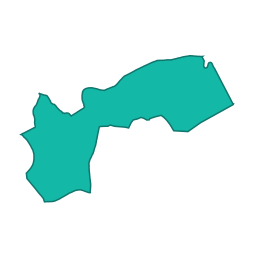 Kaffrine, Kaffrine, Senegal (Robinson projection), rotated 85°
{"feature_id": "50182788B43046627101076", "entity_name": "Kaffrine", "entity_type": "district", "adm_level": 2, "iso_a3": "SEN", "parent_name": "Senegal", "parent_adm1": "Kaffrine", "projection": "robinson", "projection_center": [-15.471, 14.163], "detail": "fine", "context": "isolated", "style": "filled", "palette": "teal", "viewbox_px": 256, "rotation_deg": 85, "n_neighbors": 0, "source": "geoboundaries", "source_scale": "gbopen_adm2", "svg_char_len": 5776}
<svg xmlns="http://www.w3.org/2000/svg" viewBox="0 0 256 256"><g transform="rotate(85 128 128)"><path d="M85.8,213.3L86.1,213.5L86.2,213.3L86.8,212.8L87.9,212.8L88.9,213.1L90.8,214.0L91.4,214.6L92.4,215.1L93.5,215.6L94.5,216.0L95.2,216.4L96.8,217.2L97.8,218.1L98.2,218.6L99.0,219.3L99.5,219.5L99.8,219.9L100.3,220.2L101.1,220.6L101.6,220.7L102.7,221.0L103.9,221.1L104.5,221.1L105.2,221.1L105.8,221.0L106.4,221.1L107.1,220.9L107.9,220.4L108.4,220.4L108.8,220.4L110.0,220.2L111.4,220.1L112.4,220.2L113.8,220.5L114.5,220.6L115.4,220.5L116.0,220.5L116.6,220.4L117.9,220.3L118.5,220.3L119.0,220.4L119.4,220.8L119.6,221.2L119.7,222.0L120.1,222.6L120.2,223.1L120.4,223.5L120.8,224.5L121.2,225.4L121.5,226.3L121.8,226.7L122.4,228.6L122.8,229.2L123.3,230.6L124.0,232.2L124.2,233.0L124.4,233.3L124.5,233.8L125.2,235.2L125.6,234.3L126.1,233.7L127.4,232.8L128.0,232.5L128.5,231.9L131.0,229.8L134.5,227.9L135.7,227.3L136.8,226.8L137.3,226.5L139.3,225.8L141.4,224.8L142.7,224.5L143.5,224.4L144.6,224.2L146.3,224.0L147.5,224.1L149.0,224.2L150.9,224.4L154.5,225.3L156.7,226.3L158.1,227.3L159.8,228.6L161.1,229.9L163.6,232.5L164.1,233.2L169.5,233.1L176.7,228.1L178.4,226.9L180.6,225.4L184.0,223.2L186.6,221.4L187.5,220.6L189.4,219.4L190.2,218.8L191.4,218.3L193.0,218.0L194.3,217.6L194.3,215.3L194.6,211.2L194.6,209.2L194.3,207.1L192.6,202.3L191.7,200.5L188.8,194.1L187.9,192.5L187.3,190.5L186.8,189.0L186.5,188.4L185.9,186.6L185.7,186.0L185.6,185.1L185.4,183.7L185.4,182.6L185.4,181.3L185.5,180.6L186.3,178.4L186.8,177.3L187.4,176.2L187.9,174.9L188.3,174.1L188.6,173.5L188.8,172.9L189.1,172.0L189.1,171.2L187.8,171.2L187.5,171.2L186.8,170.9L185.5,170.8L185.2,170.7L184.5,170.5L183.9,170.6L183.3,170.4L182.4,170.2L181.8,170.3L181.4,170.2L180.5,170.1L179.9,170.2L179.7,170.1L179.2,170.1L178.8,170.2L178.1,170.2L177.1,170.1L176.2,170.2L175.6,170.3L173.0,170.3L172.6,170.3L171.8,170.3L171.5,170.3L171.1,170.3L170.7,170.3L170.3,170.3L169.3,170.3L168.6,170.4L168.3,170.3L167.4,170.4L167.0,170.3L166.4,170.3L166.1,170.4L165.3,170.3L164.4,170.3L163.9,170.3L163.0,170.1L162.1,170.1L161.7,170.0L161.4,170.2L161.2,170.1L160.8,170.2L160.3,170.0L160.0,169.9L159.4,170.0L158.9,169.8L158.3,169.6L158.1,169.4L157.9,169.4L157.4,169.1L156.6,168.9L156.0,168.6L155.2,168.1L154.6,167.7L153.8,167.2L153.0,166.7L152.0,166.3L151.3,165.8L150.6,165.2L150.0,164.9L149.1,164.6L148.2,164.1L147.4,163.9L146.2,163.4L145.7,163.2L145.2,163.1L144.7,162.8L144.0,162.6L142.8,161.9L140.0,161.1L139.1,160.8L138.0,160.7L137.1,160.2L136.4,160.2L135.6,159.8L134.8,159.6L130.5,158.4L129.7,158.1L128.9,157.9L128.2,157.6L127.7,157.5L126.9,157.3L126.4,157.2L125.8,156.9L124.5,156.6L124.1,155.8L124.2,151.9L124.5,147.9L123.5,145.4L125.1,141.3L126.9,130.8L128.0,127.4L122.8,124.3L120.4,122.0L119.8,117.9L118.6,114.1L119.7,111.4L121.7,108.5L121.7,106.1L120.5,105.4L119.2,99.8L118.3,93.9L120.5,91.4L123.7,88.7L128.6,85.6L134.7,82.7L136.8,68.6L129.0,55.2L113.8,21.1L113.1,20.8L113.0,21.4L76.0,36.7L75.3,37.2L74.6,37.5L73.0,38.1L72.1,38.4L71.3,38.6L70.8,38.9L70.4,39.2L70.1,39.6L69.8,40.1L70.0,41.5L70.5,42.1L71.2,42.5L72.2,42.8L74.3,43.7L74.6,44.3L74.9,44.9L75.0,45.8L74.9,46.2L74.3,46.6L73.4,47.1L72.1,47.1L70.8,46.9L70.1,46.7L69.6,46.7L68.2,46.3L67.5,46.4L67.0,46.6L66.3,46.9L65.5,47.2L64.7,47.7L63.4,47.8L63.2,47.5L63.2,48.8L63.0,50.2L62.8,50.9L62.8,51.1L62.8,52.0L62.3,54.2L62.3,55.1L61.9,56.7L61.6,58.8L61.5,59.4L61.4,60.3L61.5,61.1L61.6,61.6L61.6,62.5L61.7,63.4L61.7,64.1L61.9,66.3L62.0,67.5L62.4,69.3L62.6,70.4L62.7,72.2L62.9,72.9L63.1,73.6L63.2,74.5L63.3,75.3L63.6,77.2L63.7,78.1L63.9,78.8L63.5,83.7L63.7,84.4L63.6,85.2L63.6,85.8L63.7,86.8L63.5,88.3L63.5,89.0L63.4,90.1L63.3,92.2L63.3,93.0L63.4,93.3L64.0,95.3L64.2,96.4L64.8,98.3L65.0,99.1L65.4,100.0L65.6,100.6L66.0,101.7L66.9,104.1L67.1,104.9L67.5,105.7L67.7,106.6L68.1,107.4L68.4,108.1L68.7,109.0L68.9,109.7L69.4,110.7L69.7,111.7L70.3,113.4L70.6,114.0L71.1,115.4L71.5,116.3L72.0,117.1L72.3,118.0L72.6,118.5L72.9,119.2L73.1,119.8L73.5,120.7L73.9,121.5L74.6,123.4L74.8,124.0L75.2,124.8L75.4,125.5L76.1,127.2L76.8,128.0L77.3,128.8L77.9,129.4L78.3,129.7L78.7,130.2L79.6,131.3L80.3,132.1L82.1,133.8L82.6,134.3L83.0,134.8L83.4,135.2L83.9,135.8L84.8,137.0L85.1,137.5L85.4,138.1L85.5,139.0L85.8,140.1L86.2,141.1L86.4,142.1L87.0,143.9L87.5,145.7L87.8,146.5L88.0,147.1L88.3,147.9L88.5,148.0L88.0,150.6L87.9,151.3L87.9,151.7L87.5,152.5L87.4,152.9L87.0,154.0L86.5,155.0L85.8,157.1L85.6,157.9L85.2,159.1L84.8,160.4L84.6,163.8L84.9,165.8L85.3,167.2L86.1,168.7L86.6,169.1L86.9,169.3L87.4,169.8L87.7,170.0L88.1,170.1L88.7,170.1L88.8,170.3L89.8,170.5L90.4,170.7L91.0,170.7L91.5,170.9L91.9,171.0L92.4,171.0L92.9,171.0L93.3,171.1L93.7,171.0L94.4,171.2L94.9,171.2L95.3,171.1L96.0,171.1L96.5,171.0L97.1,170.9L98.0,170.7L98.6,170.5L98.9,170.5L99.5,170.3L100.3,169.9L100.6,170.0L101.0,169.9L101.5,170.0L102.6,169.7L103.0,169.5L103.4,169.8L104.1,170.2L104.4,170.5L104.6,170.8L104.8,171.3L105.6,173.2L105.8,173.5L106.3,174.4L106.5,174.9L106.9,175.4L107.0,175.8L107.3,176.3L107.5,176.8L107.8,177.3L108.2,177.8L108.4,178.4L108.7,178.8L109.5,180.6L109.8,181.1L110.2,181.9L110.7,182.9L111.1,183.3L110.9,183.7L110.6,184.0L110.2,184.2L108.8,185.3L108.3,185.7L108.0,186.4L107.7,187.6L107.7,188.2L108.0,189.8L107.9,189.9L107.9,190.2L107.7,190.3L107.5,190.5L107.4,190.9L107.4,191.4L107.4,191.8L107.2,192.0L106.3,192.3L105.8,192.7L104.8,194.1L104.3,194.6L103.8,195.0L101.6,196.8L99.2,198.3L98.5,199.0L98.2,199.2L98.0,199.6L97.9,200.1L97.4,201.2L97.0,201.5L96.7,201.9L96.4,202.3L96.1,202.5L95.4,202.7L94.8,203.0L94.4,203.0L93.5,203.4L92.9,203.7L92.0,204.1L91.6,204.4L91.2,204.5L90.7,204.8L90.2,205.1L89.2,205.6L88.8,206.0L88.6,206.4L88.2,207.1L88.1,207.5L88.1,207.9L87.9,208.6L87.6,209.5L87.1,210.3L87.0,210.8L86.6,211.6L86.4,212.2L86.2,212.7L85.8,213.3Z" fill="#14b8a6" stroke="#0f766e" stroke-width="1.5"/></g></svg>